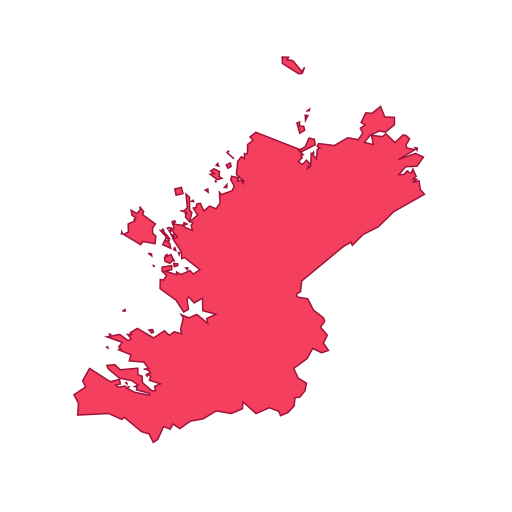 outline of Glenties Lea-6, Donegal, Ireland, rotated 10°
{"feature_id": "5873133B25090004397750", "entity_name": "Glenties Lea-6", "entity_type": "district", "adm_level": 2, "iso_a3": "IRL", "parent_name": "Ireland", "parent_adm1": "Donegal", "projection": "orthographic", "projection_center": [-8.325, 54.982], "detail": "fine", "context": "isolated", "style": "filled", "palette": "rose", "viewbox_px": 512, "rotation_deg": 10, "n_neighbors": 0, "source": "geoboundaries", "source_scale": "gbopen_adm2", "svg_char_len": 6179}
<svg xmlns="http://www.w3.org/2000/svg" viewBox="0 0 512 512"><g transform="rotate(10 256 256)"><path d="M403.5,153.7L397.5,156.2L400.9,152.6L397.5,152.8L399.9,149.7L395.4,143.2L394.6,147.6L389.7,146.5L387.6,150.0L382.5,151.1L387.9,142.1L399.0,139.6L403.7,129.5L395.3,127.3L379.5,136.3L394.1,123.7L385.8,123.4L384.4,120.6L386.9,114.1L383.1,111.3L379.8,111.2L373.2,120.2L362.7,113.1L359.7,116.5L348.8,117.1L352.2,125.9L343.0,125.3L347.6,117.1L356.0,111.3L361.9,111.7L369.6,102.7L368.2,95.4L358.6,96.7L352.7,87.1L345.4,95.4L339.3,95.9L336.3,106.3L340.8,108.1L336.5,112.0L339.8,116.5L336.5,123.7L325.8,123.6L314.0,133.6L298.1,134.4L297.2,137.4L300.2,138.6L297.8,140.5L298.6,149.6L292.6,145.3L294.2,158.2L291.6,161.1L292.6,155.5L289.1,152.8L285.9,157.8L281.4,155.9L284.4,151.1L282.6,148.9L284.9,148.1L278.8,143.9L282.9,145.3L295.0,136.2L293.2,130.9L287.7,130.7L285.6,139.7L281.0,143.6L234.3,134.2L229.4,139.8L233.0,142.6L228.4,147.6L229.8,156.8L226.8,157.1L227.6,162.1L224.3,160.8L221.6,165.9L222.5,179.1L231.1,184.3L230.7,186.8L228.5,183.8L224.6,185.6L225.7,182.0L218.0,181.7L217.9,185.5L222.4,190.8L221.2,195.9L211.3,201.5L208.9,199.6L211.4,210.1L208.5,216.4L201.5,214.9L196.9,220.8L192.0,213.7L188.6,215.1L188.6,218.7L185.9,219.7L191.4,225.9L185.3,233.2L188.2,234.5L186.8,237.1L189.0,241.9L180.9,240.1L179.3,238.9L182.5,236.5L179.3,235.6L178.8,238.5L168.9,238.9L170.3,243.4L167.5,244.3L175.4,251.2L171.2,253.6L181.6,264.6L183.4,271.5L185.9,269.9L203.2,279.2L197.4,284.7L193.6,281.8L185.3,287.3L180.6,285.6L181.0,288.1L169.5,286.8L175.4,284.0L174.6,280.1L165.5,283.2L166.1,287.2L171.3,290.8L169.2,295.7L165.8,295.8L167.2,304.8L184.9,313.4L194.5,323.7L198.8,320.3L195.5,310.5L196.8,308.0L203.3,313.0L210.6,306.8L213.1,319.1L226.5,320.3L218.3,326.1L220.2,330.8L207.9,323.8L200.5,328.6L192.6,326.8L195.1,329.3L194.5,341.7L196.5,345.6L188.7,344.8L184.3,349.2L178.8,345.5L169.4,354.4L151.7,347.9L145.6,353.2L147.1,355.0L143.1,355.5L147.6,359.2L144.8,361.5L135.4,356.9L123.2,361.5L139.3,364.3L136.6,369.3L138.9,371.1L137.1,372.2L149.9,375.0L149.4,381.3L164.0,380.0L169.9,385.7L165.0,386.8L168.6,386.9L170.6,387.7L172.4,389.3L169.4,391.1L173.3,392.8L172.6,396.9L184.1,398.5L178.8,402.0L180.6,406.1L176.9,406.8L166.2,400.5L164.7,394.1L160.4,393.6L159.1,387.0L142.2,391.6L135.7,387.5L128.1,389.7L130.2,392.8L142.6,400.0L155.3,400.3L162.3,403.5L159.2,405.6L161.8,405.8L161.5,408.6L175.3,409.8L175.2,411.6L160.4,411.3L151.1,408.4L149.8,406.7L143.3,409.1L140.2,407.6L144.7,405.6L143.0,401.3L134.3,405.1L111.6,395.6L106.9,409.1L111.0,414.5L100.8,424.3L106.7,431.8L108.0,443.6L138.3,436.7L152.1,440.2L154.6,437.8L173.6,448.8L181.6,449.8L187.2,457.4L191.1,453.7L194.6,440.0L201.6,441.4L203.5,435.8L210.9,439.3L220.1,430.0L232.2,425.6L243.8,415.4L258.9,415.5L269.2,408.8L268.5,401.9L283.4,411.2L295.5,403.1L305.3,405.0L307.9,409.0L314.6,404.7L319.6,397.0L319.0,388.7L323.6,387.5L327.6,380.3L327.8,372.5L318.8,369.0L312.7,360.2L324.1,348.2L327.9,337.2L337.4,339.9L343.8,336.4L337.5,330.1L340.0,321.6L331.9,314.9L335.0,308.3L333.1,305.1L322.1,299.4L314.3,289.1L304.0,289.3L302.4,286.4L306.1,283.6L305.3,272.7L340.7,231.2L347.2,225.9L349.0,228.8L357.7,216.3L371.5,205.9L383.9,188.5L411.2,165.9L406.4,162.2L403.5,153.7ZM121.8,257.7L140.5,264.9L142.1,261.4L154.5,261.4L153.9,253.7L150.2,251.7L149.3,246.4L151.4,241.9L137.1,234.9L137.6,231.7L132.8,227.6L134.2,229.9L131.4,234.8L125.1,232.7L126.9,237.5L131.2,239.2L129.6,241.2L130.9,242.1L124.5,246.7L126.2,254.5L121.8,257.7ZM248.6,61.8L266.4,69.1L269.8,68.1L271.1,61.7L269.2,66.4L258.3,57.2L252.5,57.3L253.6,54.6L247.2,55.5L248.6,61.8ZM176.3,207.2L180.0,220.4L177.1,224.3L173.6,224.4L180.1,225.2L179.7,229.8L184.7,233.9L185.3,224.3L182.7,222.4L180.3,209.7L176.3,207.2ZM205.5,179.2L199.5,177.4L196.5,180.2L200.7,182.1L196.6,183.4L204.5,187.6L208.9,185.4L205.8,184.2L205.5,179.2ZM167.4,277.1L172.5,278.1L175.3,273.9L172.0,269.3L166.2,273.4L167.4,277.1ZM166.8,210.0L173.3,207.2L170.6,201.4L164.3,204.2L166.8,210.0ZM163.7,255.6L162.2,261.1L170.7,263.2L168.9,258.8L163.7,255.6ZM282.1,123.7L280.4,119.9L276.5,120.6L275.6,116.5L273.2,118.0L277.8,127.5L282.1,123.7ZM215.9,172.1L214.5,168.8L210.9,171.5L213.1,174.5L215.9,172.1ZM167.8,253.8L162.8,249.6L164.2,254.1L167.8,253.8ZM215.3,162.7L208.9,158.8L217.4,164.1L215.3,162.7ZM281.2,113.8L282.7,108.7L280.0,108.8L281.2,113.8ZM168.2,348.9L167.0,346.4L163.5,347.4L166.6,350.0L168.2,348.9ZM177.4,280.7L180.6,279.1L180.3,277.3L176.3,277.6L177.4,280.7ZM214.9,190.7L213.0,193.9L215.4,193.7L214.9,190.7ZM157.5,247.5L162.9,251.8L160.7,247.5L157.5,247.5ZM152.8,272.1L149.3,272.0L153.3,274.0L152.8,272.1ZM196.9,198.3L194.6,199.9L197.8,201.5L196.9,198.3ZM167.4,236.7L168.2,238.8L170.7,236.6L169.9,235.5L167.4,236.7ZM167.7,243.1L164.2,243.2L168.0,243.7L167.7,243.1ZM172.3,251.1L167.9,249.0L170.9,252.2L172.3,251.1ZM283.2,102.1L281.4,104.1L283.1,103.8L283.2,102.1ZM393.9,121.7L396.1,123.8L396.1,121.7L393.9,121.7ZM202.2,171.5L201.0,173.6L203.6,174.0L202.2,171.5ZM136.4,331.5L134.1,333.4L136.7,332.9L136.4,331.5ZM188.9,280.0L190.7,281.4L191.1,280.9L190.7,279.4L188.9,280.0ZM167.4,247.8L167.9,245.6L165.6,245.7L167.4,247.8ZM120.7,257.1L119.6,255.6L119.7,257.6L120.7,257.1ZM176.0,264.5L174.9,262.1L174.3,261.9L173.9,263.9L176.0,264.5ZM184.6,212.0L183.0,213.3L185.1,213.3L184.6,212.0ZM294.6,143.7L293.7,145.3L295.1,145.1L294.6,143.7ZM125.8,371.4L124.1,371.6L126.2,372.4L125.8,371.4ZM166.1,254.7L167.6,256.5L167.9,255.8L166.1,254.7ZM151.7,404.9L150.2,403.0L149.8,403.4L151.7,404.9ZM161.0,247.3L159.7,245.6L159.3,246.2L161.0,247.3ZM125.2,358.4L126.0,359.9L126.5,358.4L125.2,358.4ZM202.7,188.5L203.3,190.1L203.9,189.7L202.7,188.5ZM179.0,266.0L180.0,267.8L180.2,265.9L179.0,266.0ZM175.5,274.1L176.6,275.6L176.3,274.4L175.5,274.1ZM168.6,271.3L168.0,270.0L166.9,271.4L168.6,271.3ZM152.7,406.8L152.8,407.8L153.6,407.1L152.7,406.8ZM391.0,146.4L390.6,145.3L390.6,145.9L391.0,146.4ZM169.6,393.2L169.6,391.8L168.6,392.4L169.6,393.2ZM156.0,282.5L157.0,283.9L157.4,283.8L156.0,282.5ZM179.1,226.4L179.4,227.3L179.8,225.9L179.1,226.4ZM170.9,249.2L170.4,250.0L171.5,250.0L170.9,249.2ZM210.6,157.5L209.5,158.2L210.9,157.9L210.6,157.5ZM164.1,243.9L163.3,243.8L164.5,244.6L164.1,243.9Z" fill="#f43f5e" stroke="#9f1239" stroke-width="1.5"/></g></svg>